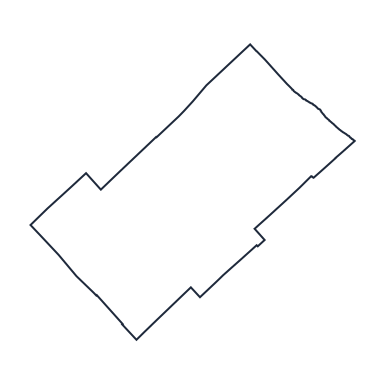 outline of General Las Heras, Buenos Aires, Argentina, rotated 94°
{"feature_id": "61730980B57566902843096", "entity_name": "General Las Heras", "entity_type": "district", "adm_level": 2, "iso_a3": "ARG", "parent_name": "Argentina", "parent_adm1": "Buenos Aires", "projection": "robinson", "projection_center": [-59.099, -34.91], "detail": "fine", "context": "isolated", "style": "outline", "palette": "slate", "viewbox_px": 384, "rotation_deg": 94, "n_neighbors": 0, "source": "geoboundaries", "source_scale": "gbopen_adm2", "svg_char_len": 3758}
<svg xmlns="http://www.w3.org/2000/svg" viewBox="0 0 384 384"><g transform="rotate(94 192 192)"><path d="M333.7,228.6L321.8,217.9L287.2,186.5L296.4,176.7L279.5,161.1L272.8,155.1L265.5,148.0L255.4,138.1L240.6,123.8L241.6,122.6L234.8,116.2L224.3,127.0L211.0,114.1L193.7,97.6L180.1,84.9L167.9,74.2L168.0,73.8L168.0,73.6L168.2,73.4L168.3,73.3L168.4,73.1L168.7,73.0L168.8,72.8L169.0,72.5L169.0,72.1L169.2,71.9L169.3,71.7L162.7,65.2L152.4,55.2L148.0,51.0L147.9,51.1L142.0,45.2L129.7,33.2L129.6,33.3L129.4,33.5L129.2,34.0L129.0,34.5L128.8,34.7L128.6,34.8L128.5,35.0L128.3,35.2L128.1,35.4L128.0,35.6L128.0,35.8L128.0,36.2L127.9,36.4L127.7,36.6L127.3,36.8L127.2,37.0L127.0,37.3L126.8,37.5L126.6,37.7L126.6,38.0L126.4,38.3L126.2,38.5L125.6,38.9L125.4,39.0L125.2,39.2L125.1,39.5L125.0,39.8L125.0,40.0L124.8,40.3L124.8,40.5L124.6,40.8L124.4,41.1L124.2,41.4L124.0,41.6L123.7,42.0L123.5,42.3L123.3,42.6L123.2,43.0L123.0,43.3L122.8,43.6L122.6,44.0L122.3,44.5L122.2,44.8L122.1,45.0L122.0,45.3L121.8,45.5L121.7,45.8L121.5,46.0L121.3,46.4L121.1,46.6L121.0,46.9L120.8,47.3L120.6,47.5L120.4,47.8L120.2,48.0L120.0,48.3L119.8,48.6L119.7,48.9L119.5,49.2L119.3,49.5L119.1,49.7L118.8,50.0L118.6,50.4L118.3,50.8L118.1,51.0L117.8,51.4L117.6,51.6L117.4,52.0L117.1,52.4L116.9,52.7L116.6,53.0L116.4,53.1L116.2,53.4L116.0,53.6L115.8,53.9L115.6,54.2L115.4,54.4L115.2,54.7L115.0,54.8L114.7,55.1L114.6,55.3L114.4,55.5L114.1,55.9L113.9,56.3L113.7,56.6L113.4,57.0L113.2,57.3L112.9,57.6L112.6,58.0L112.4,58.3L112.3,58.5L112.0,58.9L111.8,59.1L111.6,59.3L111.5,59.5L111.4,59.6L111.2,59.9L111.2,60.1L110.8,60.3L110.5,60.5L110.3,60.8L110.2,61.0L109.9,61.5L109.7,61.8L109.4,62.2L109.2,62.4L109.0,62.5L108.9,62.7L108.8,62.9L108.6,63.2L108.4,63.5L108.2,63.7L108.1,64.0L107.8,64.2L107.6,64.3L107.3,64.5L107.1,64.7L106.9,64.9L106.6,65.2L106.3,65.4L106.2,65.6L106.0,65.8L105.8,65.9L105.5,66.0L105.3,66.3L105.1,66.6L104.9,66.8L104.7,67.1L104.3,67.4L104.0,67.6L103.9,67.7L103.7,67.9L103.6,68.0L103.4,68.2L103.2,68.5L102.9,68.6L102.6,68.7L102.4,68.8L102.2,68.9L102.1,69.1L102.0,69.3L101.8,69.5L101.6,69.5L101.2,69.6L101.0,69.8L100.9,69.9L100.7,70.2L100.6,70.5L100.5,70.8L100.5,71.0L100.4,71.3L100.2,71.6L100.2,71.8L100.1,72.1L100.0,72.3L99.8,72.4L99.6,72.6L99.4,72.8L99.2,73.0L98.9,73.4L98.7,73.5L98.4,73.9L98.2,74.3L97.9,74.6L97.6,74.8L97.4,75.1L97.3,75.3L97.3,75.5L97.2,75.8L97.0,76.0L96.8,76.2L96.7,76.5L96.6,77.0L96.4,77.2L96.2,77.4L95.9,77.5L95.6,77.8L95.6,78.0L95.5,78.3L95.4,78.4L95.4,78.7L95.3,79.0L95.2,79.2L95.2,79.4L95.0,79.7L94.9,79.9L94.7,80.2L94.7,80.5L94.6,80.8L94.5,81.0L94.4,81.2L94.2,81.4L94.0,81.7L93.9,82.0L93.7,82.4L93.5,82.6L93.4,82.9L93.3,83.2L93.1,83.4L93.1,83.6L93.0,83.8L92.9,84.1L92.8,84.3L92.7,84.6L92.3,84.7L92.2,84.8L92.1,85.1L91.9,85.4L91.8,85.6L91.7,85.8L91.7,86.1L91.7,86.3L91.7,86.5L91.6,86.9L91.6,87.2L91.5,87.4L91.3,87.6L91.1,87.9L91.0,88.1L90.8,88.3L90.6,88.6L90.4,88.6L90.3,88.8L90.1,89.0L89.8,89.2L89.5,89.4L89.3,89.7L89.2,90.0L88.8,90.5L88.6,90.9L88.4,91.2L88.3,91.4L88.1,91.7L87.9,92.0L87.6,92.1L87.4,92.3L87.3,92.6L87.2,92.8L86.9,93.1L86.7,93.4L86.4,93.8L86.2,94.2L86.1,94.5L85.9,95.0L85.6,95.5L85.4,95.6L85.3,95.9L85.1,96.2L85.0,96.5L84.8,96.7L84.6,96.9L84.5,97.1L84.4,97.3L84.3,97.5L84.0,97.7L83.8,97.8L83.5,98.0L83.4,98.0L83.2,98.2L83.0,98.4L82.9,98.6L82.8,98.8L82.9,99.1L82.2,99.5L79.8,102.2L77.5,104.9L68.6,114.3L54.9,128.4L49.7,134.3L47.1,137.2L47.1,137.5L40.7,144.3L65.0,166.9L84.6,185.1L101.5,197.5L111.7,205.6L117.5,210.5L139.9,231.2L139.6,231.6L142.6,234.3L175.4,264.4L186.4,274.4L196.0,283.1L180.6,299.0L196.1,313.6L218.6,335.1L236.2,350.8L248.8,337.1L264.0,320.7L284.1,301.3L299.5,282.9L302.0,280.2L301.5,279.8L301.9,279.4L311.3,269.7L328.6,251.9L329.0,252.4L343.3,237.1L335.6,230.3L333.7,228.6Z" fill="none" stroke="#1e293b" stroke-width="2"/></g></svg>